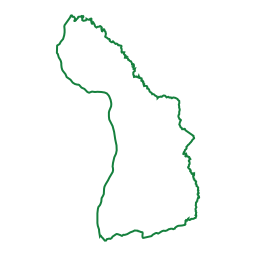 Nova Bandeirantes, Mato Grosso, Brazil (Robinson projection)
{"feature_id": "56859067B56253074715803", "entity_name": "Nova Bandeirantes", "entity_type": "district", "adm_level": 2, "iso_a3": "BRA", "parent_name": "Brazil", "parent_adm1": "Mato Grosso", "projection": "robinson", "projection_center": [-58.073, -9.696], "detail": "fine", "context": "isolated", "style": "outline", "palette": "green", "viewbox_px": 256, "rotation_deg": 0, "n_neighbors": 0, "source": "geoboundaries", "source_scale": "gbopen_adm2", "svg_char_len": 5779}
<svg xmlns="http://www.w3.org/2000/svg" viewBox="0 0 256 256"><path d="M70.9,15.6L70.0,17.6L64.6,25.2L64.3,26.5L64.6,29.7L64.6,32.3L64.2,35.3L63.1,39.0L60.8,41.7L59.5,44.1L57.2,45.5L57.1,46.1L56.9,52.8L57.2,53.4L57.8,54.0L58.8,57.5L60.2,59.7L60.9,61.3L61.3,63.1L61.3,64.9L61.6,67.6L62.2,69.7L62.8,70.8L65.5,74.2L66.7,77.1L70.5,79.7L72.7,82.6L74.9,84.0L77.2,84.6L78.6,84.7L79.3,85.1L81.5,87.6L84.4,88.9L87.4,92.0L89.1,92.7L92.0,91.6L94.9,92.0L97.6,91.8L101.4,92.0L104.6,92.5L106.8,93.4L108.6,95.4L109.2,96.4L110.6,99.9L111.2,102.8L111.3,104.2L111.1,106.4L109.3,110.8L108.9,112.4L108.9,116.3L109.2,119.1L109.4,119.8L112.6,126.1L114.1,131.8L115.2,139.2L116.5,145.4L116.7,150.3L116.0,153.7L114.3,157.3L113.0,163.0L112.6,166.7L112.9,167.8L113.1,170.0L112.7,172.0L109.5,177.4L108.0,180.4L105.8,184.0L104.5,186.6L104.1,188.5L103.8,194.0L103.0,195.8L101.6,198.2L101.3,201.6L100.5,204.0L99.9,205.2L98.4,207.0L97.9,208.9L97.4,213.3L97.4,223.1L97.8,225.8L99.0,229.4L99.2,231.9L99.9,236.1L100.3,235.4L100.8,235.7L101.7,237.1L102.6,237.9L104.8,240.6L105.4,240.6L106.1,240.5L106.8,239.2L109.2,238.6L110.2,238.9L111.5,238.2L112.6,236.6L116.0,234.3L116.7,234.0L117.8,234.2L120.6,235.2L121.5,235.8L122.2,235.8L123.3,234.8L124.7,234.9L127.3,234.1L130.4,232.3L132.9,231.4L134.6,230.5L137.8,230.7L138.2,231.2L139.2,231.3L140.6,231.9L142.4,232.3L142.7,233.2L142.4,236.0L142.6,237.3L142.9,237.8L143.4,237.9L151.5,236.1L152.7,234.8L155.3,233.3L156.2,233.0L156.9,233.0L157.9,233.5L158.4,233.5L161.6,231.4L163.4,230.7L165.5,230.9L167.2,230.3L168.8,229.2L169.8,229.1L170.3,228.8L172.1,228.7L173.2,229.2L174.8,228.6L175.0,227.9L175.7,227.3L177.3,226.2L178.4,225.8L182.1,225.5L184.9,224.9L185.4,224.3L185.2,223.4L185.4,222.9L185.7,221.6L185.4,221.0L186.0,220.1L186.8,220.5L186.9,220.0L187.4,219.9L188.0,218.8L188.4,218.5L188.3,219.2L188.6,219.7L189.6,220.0L190.6,219.6L191.0,219.0L191.7,218.8L192.8,218.9L193.8,218.7L194.7,218.0L195.6,217.9L196.3,215.9L196.1,215.3L195.6,215.1L196.1,214.3L196.0,213.2L196.3,212.4L195.7,211.4L195.9,210.6L195.6,210.1L195.5,208.9L196.4,207.2L195.7,205.3L196.0,204.0L195.9,203.1L196.0,202.5L196.6,202.1L196.9,201.2L197.3,200.9L197.4,199.8L198.1,197.6L198.8,197.9L199.1,197.6L199.0,196.6L198.4,195.5L197.7,194.7L197.6,194.1L198.6,193.4L198.6,192.8L198.1,192.4L198.2,190.9L198.4,190.4L197.9,190.1L198.2,187.7L197.2,186.3L196.6,186.1L196.5,185.5L196.5,184.4L195.7,183.8L195.9,182.4L196.2,181.9L195.5,180.7L194.7,180.5L194.4,180.0L194.3,179.1L193.7,178.8L193.6,177.7L193.1,176.8L193.3,176.1L193.9,175.6L194.1,175.0L194.1,173.7L192.9,174.6L192.7,174.1L192.7,173.4L191.7,173.7L190.7,171.6L190.2,171.3L190.2,170.6L190.6,170.2L189.8,169.3L189.7,168.9L188.8,168.5L188.1,167.4L188.2,166.9L188.9,166.2L188.9,164.9L189.6,164.0L189.6,162.8L189.3,161.4L188.9,161.2L188.8,160.7L189.0,160.3L189.4,160.0L189.8,159.1L190.3,159.0L190.1,158.4L189.1,157.8L189.1,157.0L188.2,156.9L187.9,156.4L186.6,155.9L185.9,156.5L185.4,156.2L185.5,155.6L186.0,155.4L186.4,154.6L186.0,153.5L185.1,153.7L184.7,153.5L183.7,154.1L183.3,153.9L183.9,152.1L184.7,151.2L185.0,150.0L186.1,149.1L186.5,148.5L186.6,148.0L186.4,146.9L186.9,146.5L188.0,145.0L189.0,144.3L190.2,142.8L191.0,142.1L191.2,141.6L191.7,141.2L192.3,140.0L194.1,138.3L194.0,137.5L193.4,136.7L193.5,135.9L185.5,130.3L184.8,128.9L184.3,128.8L184.0,129.2L182.1,129.2L181.6,127.8L180.6,127.3L179.8,125.2L179.3,124.6L179.9,122.2L180.9,120.1L180.3,119.4L179.6,119.3L178.4,116.7L178.5,115.2L179.1,114.6L179.2,114.2L179.2,111.7L179.6,110.6L179.7,109.3L179.1,107.4L179.2,106.4L178.8,104.5L179.3,103.2L179.2,100.9L178.1,100.0L177.5,99.0L175.4,97.9L173.6,97.5L172.8,97.6L172.0,98.2L171.5,98.2L171.3,97.7L170.9,97.4L169.3,97.6L169.0,97.2L168.3,96.8L166.6,97.4L165.2,95.8L164.6,95.6L163.6,95.5L163.0,95.8L161.8,96.8L161.4,96.8L160.9,96.5L159.8,96.9L158.8,96.9L157.6,98.1L157.6,97.5L156.9,96.8L156.7,96.3L155.1,95.6L154.3,94.6L152.9,94.0L152.2,94.2L151.8,93.2L151.3,92.6L150.6,92.4L149.6,91.4L149.1,89.7L148.4,88.7L147.9,88.4L147.3,88.6L147.1,88.3L147.3,87.0L146.8,86.1L145.3,85.8L144.1,86.1L143.8,85.2L144.1,84.0L143.4,83.8L143.5,82.2L143.3,81.7L142.8,81.9L142.5,80.9L142.0,81.0L141.4,80.8L141.3,80.2L141.8,79.2L141.5,78.3L139.5,78.0L139.6,77.4L139.4,77.0L138.9,76.7L138.7,76.0L138.3,76.9L137.9,77.3L136.9,77.0L136.5,76.5L134.0,77.0L133.9,76.6L134.2,76.3L134.2,75.8L133.3,74.8L133.3,72.5L133.7,71.9L134.9,70.9L134.6,70.1L135.0,68.7L134.1,69.1L133.5,69.0L133.5,67.5L132.9,67.0L133.9,66.6L134.0,65.9L133.6,65.5L133.8,64.6L133.5,64.2L132.4,64.8L132.0,64.6L132.0,63.4L131.3,62.0L130.9,61.3L129.7,60.9L128.9,59.9L128.3,59.9L127.8,58.3L126.4,57.8L124.9,57.7L125.0,57.0L125.4,56.6L125.9,56.6L126.4,56.4L125.8,56.1L125.4,55.3L125.0,55.4L123.9,54.0L123.7,53.4L124.2,52.8L124.3,52.3L122.6,52.2L121.9,52.5L121.5,51.9L121.7,50.2L121.6,48.8L121.0,47.9L121.5,46.5L121.4,45.9L120.9,45.6L119.7,45.5L119.0,45.1L118.3,45.3L117.9,44.9L117.7,44.3L116.7,43.6L115.5,43.9L113.0,41.4L112.5,42.1L111.5,42.2L109.9,41.0L109.6,40.6L109.8,40.1L109.7,39.5L109.3,39.0L108.1,38.8L106.6,37.5L105.5,37.1L105.2,36.6L105.8,34.6L105.9,33.3L105.6,32.9L105.5,31.8L104.9,31.2L104.2,29.4L103.4,29.3L102.6,31.0L102.3,31.3L101.9,31.1L101.4,28.8L101.4,28.3L101.8,27.7L101.6,27.2L101.0,26.6L100.6,26.5L100.3,26.1L99.9,26.1L99.1,26.7L97.6,26.8L96.5,27.5L95.3,26.6L94.8,25.6L94.6,24.7L93.4,22.6L92.6,23.6L92.2,23.8L91.8,23.6L91.5,22.6L91.9,22.3L91.9,21.3L91.0,20.9L90.9,20.5L91.5,19.0L91.2,18.6L90.2,18.8L89.1,19.8L87.7,19.5L86.5,18.8L86.5,19.2L85.9,20.3L83.6,20.8L83.0,20.6L82.2,20.0L82.3,19.3L82.1,17.9L83.1,17.4L83.4,16.8L83.3,16.3L83.0,16.0L82.2,16.3L81.6,16.0L80.7,16.6L78.4,16.8L78.1,17.2L77.7,18.3L76.3,19.5L76.0,20.2L74.9,21.0L74.5,21.0L74.4,20.4L75.3,19.5L74.9,18.2L74.4,17.4L73.9,16.8L72.6,16.8L72.2,16.6L72.2,15.9L72.0,15.5L71.4,15.4L70.9,15.6Z" fill="none" stroke="#15803d" stroke-width="2"/></svg>